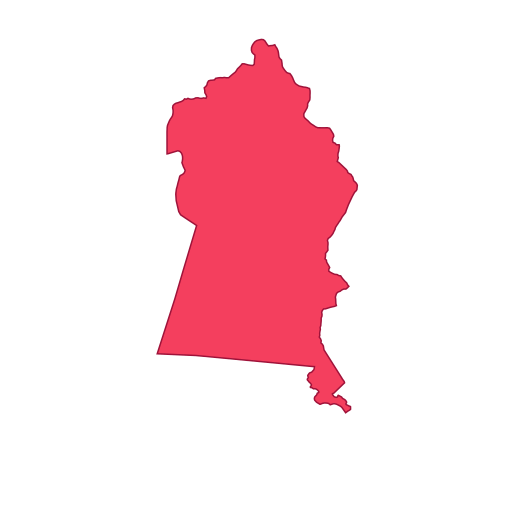 Su-Ngai Padi, Narathiwat, Thailand, rotated 147°
{"feature_id": "78962969B52628429870613", "entity_name": "Su-Ngai Padi", "entity_type": "district", "adm_level": 2, "iso_a3": "THA", "parent_name": "Thailand", "parent_adm1": "Narathiwat", "projection": "mercator", "projection_center": [101.895, 6.128], "detail": "fine", "context": "isolated", "style": "filled", "palette": "rose", "viewbox_px": 512, "rotation_deg": 147, "n_neighbors": 0, "source": "geoboundaries", "source_scale": "gbopen_adm2", "svg_char_len": 5933}
<svg xmlns="http://www.w3.org/2000/svg" viewBox="0 0 512 512"><g transform="rotate(147 256 256)"><path d="M125.7,304.0L127.9,305.5L128.3,307.7L129.5,309.3L128.8,311.3L127.6,312.8L125.5,314.1L124.8,315.9L124.7,317.8L124.6,321.1L124.7,323.1L126.3,324.7L128.4,326.0L130.9,327.6L134.4,330.0L135.7,331.9L136.6,334.2L137.7,336.5L138.3,338.4L138.7,340.8L139.4,343.2L139.9,345.0L139.9,346.9L138.4,349.3L134.2,351.5L132.6,352.3L130.9,353.8L129.9,355.5L128.3,356.5L125.9,357.6L124.4,359.5L123.2,361.4L121.9,363.2L120.7,365.1L119.9,367.4L120.6,368.1L121.1,369.0L122.5,370.5L124.0,371.7L125.6,373.4L127.2,375.0L128.2,377.0L128.9,378.8L129.1,380.6L128.7,383.1L128.2,385.6L128.0,388.1L128.2,390.6L129.0,391.3L130.3,393.1L130.7,395.7L130.8,397.7L130.8,400.0L130.2,401.7L129.3,403.3L127.9,406.4L128.4,408.5L128.3,410.5L126.5,414.2L125.8,416.0L125.3,418.8L125.4,421.0L125.2,422.9L127.6,423.6L129.4,424.6L131.1,425.3L131.4,427.4L131.4,431.7L132.0,433.4L133.5,434.7L136.1,435.7L138.2,436.3L140.5,436.2L142.5,435.5L144.4,434.6L146.3,433.2L147.8,431.0L148.4,428.8L148.1,427.0L147.5,425.2L148.7,423.2L150.5,421.3L151.6,419.7L153.1,417.8L154.9,417.5L156.5,418.7L158.3,420.3L161.2,423.6L162.9,424.7L165.0,424.0L167.3,423.5L169.5,423.1L171.8,422.0L173.6,421.4L175.5,421.3L178.0,421.0L180.0,420.7L181.8,420.4L183.6,421.5L185.3,423.0L187.1,423.8L188.9,425.1L190.9,426.1L193.2,427.0L194.8,426.3L196.8,427.2L198.6,428.2L200.4,428.7L202.3,427.8L204.0,426.2L205.9,425.5L207.8,425.3L208.8,422.8L210.0,420.7L210.1,418.4L210.5,416.6L212.1,415.5L213.8,417.1L215.6,417.7L217.2,418.8L218.5,420.3L220.4,421.4L222.6,421.7L224.5,422.5L226.1,423.7L227.2,425.3L229.0,425.4L230.3,426.7L232.2,426.1L234.5,426.2L236.2,426.7L238.1,427.1L239.8,427.7L241.7,427.8L243.6,427.4L245.1,425.9L246.2,423.3L247.3,421.6L248.5,420.2L249.9,418.9L251.9,418.0L253.6,417.3L255.2,416.4L257.4,414.9L259.0,413.8L260.4,412.3L261.8,410.3L263.0,408.6L275.0,390.1L274.1,389.7L264.2,386.8L262.9,385.2L262.5,383.1L262.8,381.1L263.5,379.3L264.6,377.5L266.2,375.6L267.3,374.6L268.3,370.2L268.4,369.1L268.8,366.4L269.6,365.7L271.0,364.8L272.5,364.5L274.1,364.5L275.5,364.7L276.5,364.4L277.2,363.8L279.2,361.9L281.5,359.9L283.9,357.6L286.3,355.5L288.6,352.8L289.6,351.5L292.8,345.8L296.6,335.3L296.8,331.6L294.6,326.4L291.9,320.2L290.3,316.6L289.2,313.9L324.5,283.9L347.7,264.0L392.1,227.8L360.6,205.3L268.6,132.4L267.2,131.4L268.6,129.8L269.2,129.2L269.5,129.1L271.7,128.5L272.5,128.3L273.0,128.3L273.4,128.4L273.8,128.6L274.1,128.7L274.7,128.7L275.2,128.6L275.5,128.6L275.9,128.4L276.7,128.0L277.3,127.9L277.5,127.8L277.7,127.6L277.9,127.1L278.0,126.8L278.1,126.0L278.2,125.7L278.3,125.6L278.5,125.5L279.7,125.0L280.1,124.7L280.3,124.4L280.4,124.2L280.4,123.9L280.3,123.5L280.2,122.7L280.2,122.1L280.2,121.8L280.0,121.1L279.8,120.3L279.7,119.7L279.6,118.5L279.6,117.9L279.7,117.7L280.0,117.4L280.8,117.0L281.5,116.8L281.8,116.6L281.9,116.4L281.9,116.1L281.8,115.9L281.2,115.4L281.0,115.2L280.8,115.0L280.3,113.7L280.1,113.3L279.9,113.1L279.7,113.0L279.4,112.9L279.0,112.7L278.9,112.6L278.6,112.4L277.8,111.2L277.6,110.7L277.5,110.4L277.4,110.1L277.3,109.7L277.2,108.8L277.2,108.4L277.3,108.1L277.4,107.8L277.5,107.6L277.9,107.4L278.2,107.4L278.4,107.4L278.9,107.5L279.1,107.6L279.4,107.5L279.5,107.5L279.7,107.3L280.4,106.7L280.6,106.6L280.8,106.5L281.2,106.3L281.5,106.3L283.2,105.9L283.6,105.7L284.0,105.4L284.7,104.7L284.8,104.4L285.1,103.8L285.2,103.6L285.3,103.0L285.2,102.4L285.0,101.2L284.9,100.5L284.5,99.6L283.3,97.2L283.2,96.9L282.9,96.7L282.3,96.6L281.7,96.4L281.0,96.3L280.5,96.2L279.3,95.7L278.9,95.6L278.4,95.3L276.9,94.2L276.4,93.8L276.1,93.5L275.9,93.3L275.7,93.1L275.5,92.8L274.9,91.6L274.9,91.3L274.8,90.8L272.1,90.1L271.8,90.0L270.8,89.5L270.6,89.3L270.2,88.9L269.5,88.2L269.1,87.7L268.6,86.9L267.3,84.6L266.9,83.8L266.7,83.1L266.5,82.5L266.4,81.6L266.4,81.0L266.2,75.7L263.4,75.9L262.6,75.8L262.1,75.8L260.7,75.8L260.4,75.9L260.1,76.0L259.4,77.2L258.9,77.9L258.8,78.1L258.8,78.3L258.9,78.5L259.1,78.9L259.9,79.8L260.3,80.7L261.2,82.1L261.3,82.4L261.3,82.6L261.2,82.9L261.1,83.1L260.1,83.6L259.8,83.8L259.7,84.0L259.5,84.4L259.5,84.9L259.5,85.8L259.5,86.2L259.6,86.5L259.8,87.2L260.1,87.9L260.5,88.6L260.8,89.0L260.8,89.3L260.9,89.6L261.0,89.8L261.0,91.0L261.2,91.5L261.5,92.0L262.1,93.1L262.8,94.2L262.8,94.3L263.1,94.4L264.2,93.6L264.3,93.5L264.5,93.5L264.8,93.5L265.2,93.6L265.6,93.7L265.9,94.0L266.3,94.4L266.7,94.9L267.0,95.3L267.1,95.6L267.2,95.9L267.2,96.6L267.3,98.0L267.2,98.3L267.1,98.7L266.9,98.9L265.4,98.6L252.5,101.1L250.8,101.4L250.4,102.8L250.6,106.3L250.5,106.5L250.1,140.2L249.3,142.1L248.5,143.9L248.4,145.9L248.9,147.8L247.5,149.3L247.0,151.2L247.1,153.5L245.7,154.7L244.8,156.4L243.5,157.9L242.0,159.4L241.2,161.1L239.6,162.3L238.5,163.8L237.3,165.3L236.2,166.8L235.1,168.5L233.5,169.6L232.4,171.1L231.6,173.0L230.2,174.1L228.2,174.8L226.4,173.8L222.0,172.6L219.7,171.8L217.6,171.0L215.6,170.6L215.0,172.5L212.7,176.4L211.8,178.3L210.3,179.6L208.8,180.8L206.6,181.1L204.7,180.6L202.7,180.8L200.4,180.5L198.6,179.3L196.7,179.5L194.6,180.0L194.9,181.9L194.6,184.0L195.2,186.3L195.6,189.0L195.8,191.3L195.8,193.2L197.2,194.5L198.1,196.3L200.0,197.8L201.2,199.6L202.3,201.5L203.2,203.6L202.2,205.2L200.5,206.2L200.3,208.4L200.2,210.4L200.1,212.4L199.2,214.2L199.7,216.0L198.4,217.3L197.3,218.7L196.3,220.3L194.2,221.0L192.5,221.7L191.6,223.3L190.6,224.9L189.4,226.4L188.4,227.9L187.6,230.2L185.9,231.4L183.7,231.5L181.4,232.1L179.1,233.0L177.6,234.0L175.3,235.3L173.9,236.6L171.8,237.6L169.6,238.5L167.9,239.3L166.2,239.9L162.4,241.9L157.2,243.7L154.7,245.7L150.4,248.8L143.0,253.4L140.4,254.8L138.7,255.7L136.3,256.2L135.2,256.8L132.5,260.1L132.2,262.2L132.6,264.2L133.1,266.0L132.5,267.5L131.9,269.5L132.0,271.3L131.9,272.6L133.2,274.9L133.6,276.1L133.1,277.3L133.2,279.3L135.6,289.2L136.4,291.0L134.6,292.6L133.4,293.7L133.0,295.0L132.1,296.4L131.2,297.5L129.6,298.8L127.8,300.8L126.2,302.8L125.7,304.0Z" fill="#f43f5e" stroke="#9f1239" stroke-width="1.5"/></g></svg>